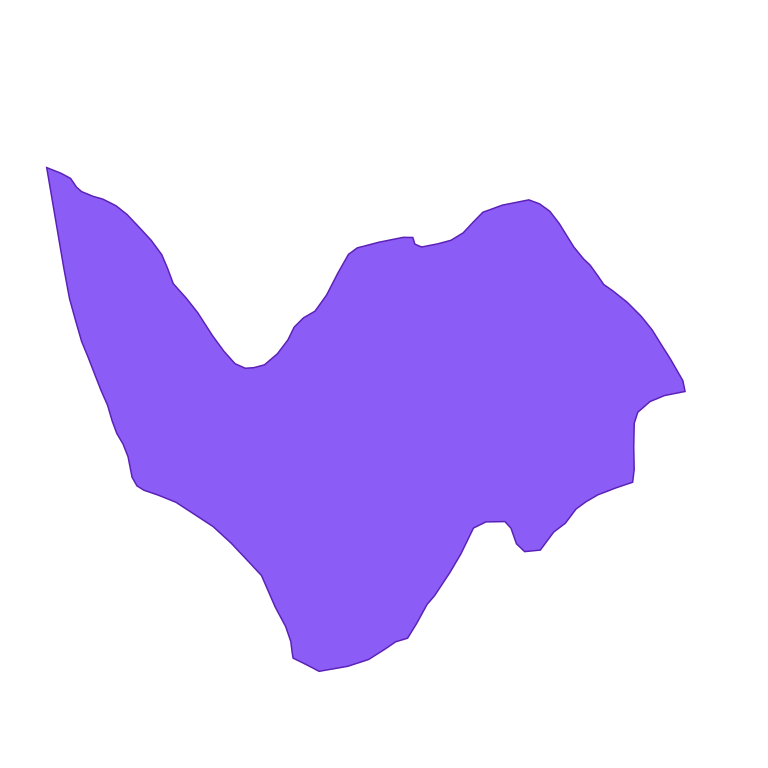 Mougoutsi, Nyanga, Gabon, rotated 350°
{"feature_id": "22940354B37590085186432", "entity_name": "Mougoutsi", "entity_type": "district", "adm_level": 2, "iso_a3": "GAB", "parent_name": "Gabon", "parent_adm1": "Nyanga", "projection": "mercator", "projection_center": [10.923, -2.753], "detail": "fine", "context": "isolated", "style": "filled", "palette": "violet", "viewbox_px": 768, "rotation_deg": 350, "n_neighbors": 0, "source": "geoboundaries", "source_scale": "gbopen_adm2", "svg_char_len": 1605}
<svg xmlns="http://www.w3.org/2000/svg" viewBox="0 0 768 768"><g transform="rotate(350 384 384)"><path d="M270.2,655.7L299.4,655.7L321.1,652.6L339.3,645.1L350.7,639.9L363.1,638.4L374.9,625.1L388.2,608.5L397.0,601.3L416.0,581.3L430.2,564.7L440.5,550.5L447.1,541.4L460.4,537.5L479.2,540.5L484.0,548.1L486.7,564.4L493.4,573.5L509.1,574.7L525.4,559.3L538.4,552.6L551.4,540.5L562.3,535.1L575.3,530.3L594.3,526.6L611.8,523.9L615.5,511.8L619.1,488.9L623.6,466.2L629.0,455.9L642.9,447.5L658.1,444.1L679.2,443.6L678.9,432.6L670.4,409.1L664.4,394.6L657.5,377.4L649.0,361.9L637.8,345.9L625.8,332.3L617.7,324.2L613.4,314.7L607.6,302.7L602.4,295.7L594.7,282.0L584.4,256.3L577.3,242.7L568.6,233.7L558.6,227.8L531.7,228.4L511.2,232.0L500.6,239.6L488.2,248.9L474.9,254.1L461.3,255.3L444.7,255.6L438.7,251.6L437.8,244.7L428.4,242.9L403.6,243.5L381.3,245.3L371.6,250.1L358.0,266.5L342.9,286.4L328.7,300.3L316.3,304.8L305.4,312.4L297.0,323.9L284.3,335.7L269.5,344.4L258.6,345.3L250.1,344.4L240.8,338.1L232.0,323.9L223.5,306.6L213.0,281.6L204.2,265.2L193.9,248.6L190.9,232.3L187.6,218.1L179.7,202.1L169.4,186.1L160.4,172.5L151.0,161.9L139.2,153.1L129.9,148.6L119.6,142.0L115.4,136.8L111.1,127.2L102.7,120.5L89.4,112.3L88.8,213.9L89.1,245.3L91.2,267.1L93.6,289.7L97.2,306.0L100.9,324.8L104.2,341.1L108.1,357.1L109.9,373.4L112.3,386.4L116.6,397.9L119.3,411.2L119.5,421.8L119.7,432.1L123.0,441.4L129.2,447.0L142.1,454.1L158.6,464.4L190.9,494.7L205.9,514.3L218.7,533.8L230.1,551.4L238.2,585.0L245.0,605.7L247.5,621.4L246.9,633.0L246.9,638.2L259.3,647.3L270.2,655.7Z" fill="#8b5cf6" stroke="#5b21b6" stroke-width="1.5"/></g></svg>